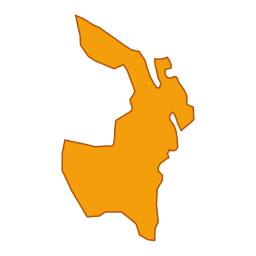 Södertälje, Stockholm, Sweden (Albers equal-area conic projection)
{"feature_id": "70781695B28053547140840", "entity_name": "Södertälje", "entity_type": "district", "adm_level": 2, "iso_a3": "SWE", "parent_name": "Sweden", "parent_adm1": "Stockholm", "projection": "albers", "projection_center": [17.571, 59.144], "detail": "fine", "context": "isolated", "style": "filled", "palette": "amber", "viewbox_px": 256, "rotation_deg": 0, "n_neighbors": 0, "source": "geoboundaries", "source_scale": "gbopen_adm2", "svg_char_len": 1558}
<svg xmlns="http://www.w3.org/2000/svg" viewBox="0 0 256 256"><path d="M64.9,140.1L62.2,153.8L62.2,170.5L71.6,190.5L87.2,216.8L88.6,216.7L99.2,216.0L105.2,212.0L121.4,212.0L130.1,218.7L136.2,224.1L139.6,234.9L147.7,239.6L154.7,240.6L155.0,228.9L158.2,221.8L156.4,204.2L157.2,189.1L159.1,185.8L162.3,180.1L162.4,175.3L160.4,173.2L158.1,170.5L158.4,166.6L159.8,164.6L160.6,163.1L163.2,161.4L166.2,159.1L168.8,157.6L168.1,155.3L167.2,153.2L168.9,151.7L169.0,149.8L170.0,149.7L170.5,150.5L173.8,150.7L176.3,149.4L177.7,146.9L176.9,137.0L176.1,131.8L175.4,129.4L174.2,126.0L172.1,122.7L170.0,120.3L169.5,115.9L170.5,114.6L172.1,112.3L173.9,113.5L175.9,117.6L177.7,123.4L181.0,130.2L181.2,130.5L184.0,128.1L190.6,122.7L193.8,119.6L193.2,107.2L189.4,105.7L186.7,103.9L186.9,96.2L184.3,90.2L178.9,82.7L176.7,77.2L173.8,76.5L171.4,78.1L167.8,77.7L166.1,76.3L165.1,73.6L165.3,69.4L170.9,68.2L171.1,64.6L169.4,60.7L167.2,57.2L165.0,58.2L160.3,59.2L154.7,59.0L155.1,64.4L156.7,71.0L158.1,77.8L160.9,83.5L159.5,87.9L156.6,87.7L154.2,84.0L150.0,76.3L147.1,67.7L145.1,60.7L139.2,51.5L131.4,49.9L124.9,45.7L99.3,27.6L93.0,24.8L84.2,19.2L75.7,15.4L77.7,24.9L80.2,36.3L80.5,45.0L88.4,56.4L95.5,61.0L96.5,61.4L105.1,64.9L114.0,68.7L121.1,65.7L123.4,64.6L127.2,70.4L130.3,78.7L132.6,84.7L135.0,91.6L132.0,96.7L130.0,99.5L130.7,103.5L132.2,107.3L131.8,110.7L126.7,113.8L115.9,120.5L114.8,130.0L114.5,138.5L113.4,145.0L111.4,146.1L105.1,146.1L94.8,146.7L85.2,144.3L83.6,144.0L69.9,141.2L68.4,140.7L67.3,140.5L64.9,140.1Z" fill="#f59e0b" stroke="#b45309" stroke-width="1.5"/></svg>